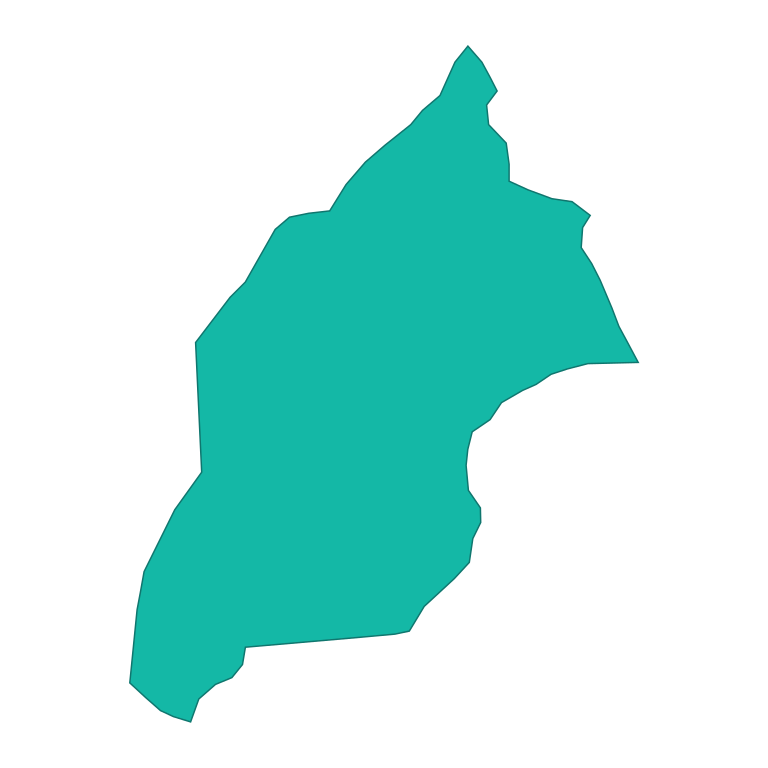 the district of São Francisco, Sergipe, Brazil
{"feature_id": "56859067B71066777145580", "entity_name": "São Francisco", "entity_type": "district", "adm_level": 2, "iso_a3": "BRA", "parent_name": "Brazil", "parent_adm1": "Sergipe", "projection": "albers", "projection_center": [-36.858, -10.332], "detail": "fine", "context": "isolated", "style": "filled", "palette": "teal", "viewbox_px": 768, "rotation_deg": 0, "n_neighbors": 0, "source": "geoboundaries", "source_scale": "gbopen_adm2", "svg_char_len": 990}
<svg xmlns="http://www.w3.org/2000/svg" viewBox="0 0 768 768"><path d="M195.6,342.5L201.7,472.2L174.8,509.7L144.1,571.6L140.3,592.8L137.1,609.7L129.8,682.9L145.6,697.5L160.5,710.6L173.4,716.6L190.6,721.9L198.8,699.0L215.5,684.4L231.9,677.6L242.5,664.5L245.4,647.2L361.9,637.1L395.0,634.1L409.3,631.1L424.2,606.4L454.4,578.5L469.3,562.4L472.8,538.6L480.7,522.5L480.4,507.9L468.4,490.4L466.1,465.4L467.8,449.3L472.2,431.8L490.1,419.6L501.5,402.6L522.6,390.4L536.1,384.4L551.0,374.3L567.1,369.0L587.9,363.6L613.4,363.0L638.2,362.4L627.1,341.6L618.9,326.4L611.9,308.0L600.2,280.3L591.7,263.6L581.2,247.6L582.6,227.6L590.2,215.4L572.1,201.7L551.9,198.7L527.9,189.8L509.1,181.2L509.1,164.2L506.2,143.1L488.6,124.6L486.6,105.0L497.1,91.0L490.4,77.9L481.9,62.2L467.9,46.1L455.0,62.1L440.0,95.5L422.5,110.4L410.8,124.6L385.0,145.2L365.4,162.1L346.1,184.5L329.7,210.9L308.6,213.3L289.5,217.2L275.2,229.4L245.3,282.1L230.1,297.3L195.6,342.5Z" fill="#14b8a6" stroke="#0f766e" stroke-width="1.5"/></svg>